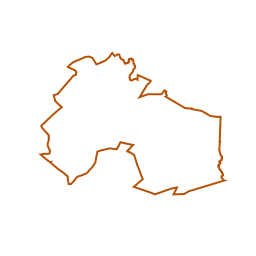 Coapilla, Chiapas, Mexico (Albers equal-area conic projection), rotated 161°
{"feature_id": "50627088B26758621941112", "entity_name": "Coapilla", "entity_type": "district", "adm_level": 2, "iso_a3": "MEX", "parent_name": "Mexico", "parent_adm1": "Chiapas", "projection": "albers", "projection_center": [-93.127, 17.118], "detail": "fine", "context": "isolated", "style": "outline", "palette": "amber", "viewbox_px": 256, "rotation_deg": 161, "n_neighbors": 0, "source": "geoboundaries", "source_scale": "gbopen_adm2", "svg_char_len": 5338}
<svg xmlns="http://www.w3.org/2000/svg" viewBox="0 0 256 256"><g transform="rotate(161 128 128)"><path d="M91.6,48.4L70.6,47.6L54.1,47.0L54.4,47.2L54.6,47.7L54.8,48.5L55.0,48.7L55.3,49.4L55.4,49.8L55.7,50.3L55.7,50.8L55.5,51.2L55.5,51.5L55.4,51.9L55.2,52.0L54.3,52.2L53.8,52.2L53.7,52.2L53.5,52.5L53.4,53.0L53.2,53.6L53.3,53.7L53.6,54.3L53.8,54.6L53.6,55.3L53.5,55.9L54.2,56.8L54.2,57.6L54.0,57.8L55.0,58.7L54.7,59.7L55.1,61.0L55.1,61.4L54.8,61.4L54.6,61.8L55.0,61.8L55.1,62.7L54.9,62.7L54.4,62.9L54.0,63.1L53.6,63.4L53.7,64.1L53.4,64.3L53.2,64.5L52.7,64.4L52.4,64.6L52.1,64.7L51.9,65.1L52.1,65.9L52.3,66.4L52.5,66.7L52.1,66.8L51.8,67.0L51.4,67.0L51.1,66.9L50.5,67.1L50.2,67.0L49.8,67.2L49.4,67.7L49.1,68.4L49.3,68.5L49.1,68.7L48.8,69.1L49.0,69.5L48.7,69.7L48.4,70.4L48.6,71.0L49.1,71.8L49.2,74.2L49.0,74.9L49.0,75.1L49.0,75.7L48.8,76.5L49.0,77.0L48.6,78.1L48.4,78.8L47.5,80.3L47.3,81.2L46.8,82.4L46.7,82.6L46.2,83.7L45.5,84.8L45.9,84.9L44.4,88.7L42.9,92.6L41.4,96.4L39.1,102.6L36.8,108.5L37.5,108.7L37.8,108.7L39.1,109.1L42.0,110.4L42.3,110.7L45.7,112.1L46.0,112.3L47.8,114.4L48.7,115.5L50.7,117.8L52.7,120.1L57.4,122.8L60.1,124.3L60.5,124.5L61.1,124.7L61.4,126.0L61.7,126.0L61.8,126.0L62.0,126.0L62.3,125.8L62.9,126.1L64.4,126.8L66.7,127.9L67.8,128.5L68.2,129.0L68.4,129.2L70.4,131.6L71.4,132.7L71.5,132.8L72.6,134.2L73.1,134.7L75.2,137.2L75.6,137.7L76.2,138.3L76.8,139.0L77.5,139.8L78.7,141.3L79.1,141.8L79.3,142.0L79.6,142.3L80.9,143.9L81.4,144.4L82.1,145.3L81.9,145.3L81.6,145.4L81.5,145.5L80.6,146.2L80.6,146.4L80.8,146.9L80.9,147.2L81.2,147.9L79.9,149.9L80.0,150.1L80.8,150.3L80.9,150.7L80.8,151.5L81.0,151.6L81.3,151.6L81.7,151.6L82.2,151.2L82.3,151.0L83.8,150.0L83.9,149.9L85.3,149.1L86.0,149.2L97.7,153.3L98.1,153.4L98.6,153.4L107.0,153.4L105.9,154.2L105.8,154.3L104.1,155.7L103.4,156.3L102.0,157.5L101.3,158.1L98.7,160.2L96.6,162.0L96.0,162.5L92.9,163.9L92.2,164.2L91.5,164.7L91.2,165.4L94.5,168.3L95.5,169.3L98.1,171.7L98.4,172.0L101.6,174.8L103.3,170.5L103.6,170.9L103.9,171.5L104.6,172.0L105.2,172.1L105.8,172.2L106.2,172.3L106.8,172.1L107.1,172.1L107.8,171.9L108.2,171.7L108.5,171.6L109.2,171.8L109.8,172.3L110.2,172.6L110.5,173.0L110.4,173.5L110.0,174.3L110.2,175.1L110.1,175.3L109.7,175.9L109.4,176.9L109.0,177.3L108.1,177.6L107.7,177.9L107.2,178.3L106.7,178.7L106.2,179.0L105.8,179.3L104.9,179.6L104.1,181.4L103.7,181.6L103.1,181.9L102.6,182.3L102.1,182.4L101.5,183.2L101.1,183.9L101.2,185.0L101.6,185.4L101.3,186.3L101.6,187.2L101.7,187.6L101.6,188.6L101.3,189.2L101.1,189.9L101.3,191.4L101.9,191.2L101.9,191.6L101.9,191.9L102.2,192.1L102.6,192.8L103.0,192.9L103.7,192.6L104.3,192.7L104.6,192.8L105.0,192.5L105.1,192.0L105.3,191.5L105.1,191.0L105.4,190.7L105.6,190.0L106.3,189.6L106.8,189.7L107.0,189.9L107.3,189.6L107.6,189.5L107.9,189.9L108.7,190.0L109.1,189.8L109.6,189.6L109.7,190.0L110.1,190.6L110.0,191.5L110.1,192.0L110.2,193.0L110.2,193.8L111.0,194.4L111.3,194.8L111.9,196.0L112.2,195.9L112.5,197.0L112.5,197.7L112.5,198.9L112.4,199.4L112.3,200.3L114.2,200.9L116.2,200.4L117.1,200.3L118.5,204.0L120.7,202.6L122.1,201.5L123.7,200.6L124.3,200.4L125.1,200.1L128.2,199.0L134.9,198.5L137.2,198.5L138.0,202.4L138.8,206.0L142.0,208.4L145.4,209.0L148.4,208.8L151.2,208.5L154.2,208.4L156.8,208.2L158.3,208.1L161.6,206.9L165.0,205.3L163.5,203.8L161.9,202.3L160.4,200.7L158.9,199.2L158.9,198.8L158.7,197.4L158.9,197.1L160.0,195.2L162.8,195.2L165.4,193.6L167.9,192.1L170.5,190.6L173.1,189.1L175.7,187.6L178.3,186.0L180.9,184.5L183.5,183.0L185.5,183.1L187.6,183.2L188.0,177.3L186.9,174.9L186.6,174.3L185.6,172.4L184.4,170.4L184.2,169.9L183.8,169.3L184.8,168.9L186.8,168.2L189.8,167.0L192.7,165.8L195.7,164.6L198.4,163.3L200.3,162.5L202.1,161.6L203.9,160.8L205.8,159.9L207.6,159.1L209.4,158.2L209.2,156.4L208.9,155.6L208.2,153.7L206.8,150.6L205.9,148.5L205.3,146.8L205.3,146.6L206.1,144.8L206.2,144.7L206.4,143.0L207.0,142.2L207.9,141.0L208.3,140.6L208.8,139.6L209.6,138.1L209.6,135.3L209.6,134.7L209.6,134.1L209.5,133.7L209.2,133.1L209.3,132.0L209.3,131.5L210.2,130.3L210.4,129.5L211.8,129.6L213.5,130.1L215.6,130.9L218.2,131.2L219.2,131.4L217.2,127.8L214.7,123.8L212.6,120.8L212.1,120.8L212.5,120.5L208.0,112.9L206.4,110.4L205.0,108.7L203.6,106.7L202.2,104.1L201.4,102.7L200.8,102.1L200.9,101.4L201.2,100.2L201.4,99.9L201.8,98.0L201.9,96.4L202.0,95.9L202.4,94.3L202.1,94.2L201.8,94.1L201.5,94.0L199.9,93.6L196.4,95.6L196.0,95.9L195.5,96.2L194.8,96.6L191.9,98.4L190.9,98.4L189.5,98.4L188.7,98.3L186.6,98.4L185.1,98.4L184.1,98.5L182.3,98.6L181.8,98.7L180.1,99.5L179.3,100.1L178.8,100.4L177.9,100.9L177.3,101.2L176.9,101.4L175.9,101.8L175.0,102.4L174.2,103.0L172.9,103.8L170.1,106.1L169.4,107.3L169.0,108.1L168.8,108.5L168.5,109.0L168.4,109.1L167.3,111.1L166.8,111.9L165.9,113.4L165.3,114.2L164.9,115.4L164.6,115.6L164.4,115.7L159.4,115.5L155.8,115.1L151.9,114.7L147.8,112.6L145.6,111.6L145.4,111.9L144.4,112.7L142.9,113.9L139.8,117.0L135.0,114.0L128.8,110.3L131.1,109.2L132.4,108.2L133.1,107.9L133.3,107.8L133.6,107.8L133.8,107.7L134.8,107.3L135.0,107.2L135.7,106.7L135.9,106.7L136.1,106.5L136.4,106.2L134.1,104.2L134.1,104.4L131.0,100.5L131.1,94.2L131.3,90.2L130.9,82.2L130.9,79.5L130.8,77.2L130.7,74.8L136.4,72.6L138.3,71.8L141.7,70.5L127.6,59.5L124.1,56.5L106.6,56.6L102.0,56.0L101.8,56.0L101.1,55.9L101.5,55.3L106.3,50.7L106.6,50.4L96.5,47.3L93.4,47.9L91.6,48.4Z" fill="none" stroke="#b45309" stroke-width="2"/></g></svg>